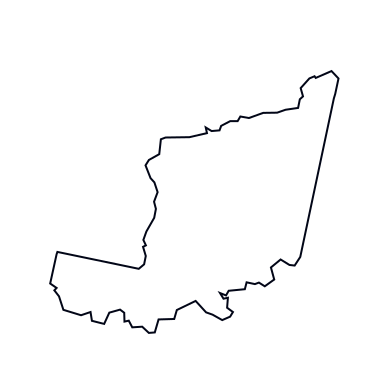 the district of Yolo, California, United States of America, rotated 102°
{"feature_id": "52423323B16290955064252", "entity_name": "Yolo", "entity_type": "district", "adm_level": 2, "iso_a3": "USA", "parent_name": "United States of America", "parent_adm1": "California", "projection": "robinson", "projection_center": [-121.864, 38.619], "detail": "fine", "context": "isolated", "style": "outline", "palette": "ink", "viewbox_px": 384, "rotation_deg": 102, "n_neighbors": 0, "source": "geoboundaries", "source_scale": "gbopen_adm2", "svg_char_len": 1206}
<svg xmlns="http://www.w3.org/2000/svg" viewBox="0 0 384 384"><g transform="rotate(102 192 192)"><path d="M71.0,72.7L66.3,72.3L50.5,72.3L44.7,80.7L54.7,94.7L53.3,96.2L56.5,100.8L67.8,107.3L75.4,103.3L78.9,105.8L87.7,105.7L92.1,117.6L96.7,125.2L99.8,138.8L107.8,151.7L108.1,160.4L113.2,162.1L114.7,169.3L121.2,177.2L126.0,177.9L128.3,185.5L126.0,192.0L131.3,189.6L138.9,205.9L144.2,229.2L146.9,233.4L161.8,231.9L169.6,240.8L175.6,243.0L187.1,235.4L190.4,230.8L199.3,225.6L209.4,227.1L216.0,223.8L225.1,223.6L240.1,228.4L249.0,229.6L253.8,226.0L255.8,228.5L264.2,223.9L272.7,223.8L278.2,228.1L278.6,311.2L281.0,311.5L311.0,311.7L314.0,304.5L316.8,306.2L321.7,300.4L334.0,293.3L335.6,274.9L330.5,266.3L338.8,263.1L339.3,250.5L327.2,247.8L322.0,237.9L324.2,233.2L332.8,231.1L331.0,227.1L336.8,222.3L334.1,212.7L338.8,204.9L337.1,199.2L323.6,198.2L319.9,183.0L310.6,182.3L297.8,165.8L306.8,153.2L307.7,146.4L311.0,135.8L306.0,128.8L300.9,127.0L297.9,133.6L288.0,134.9L289.8,139.0L285.0,143.6L286.1,137.2L281.0,135.6L276.1,120.1L269.0,119.8L269.0,111.3L266.7,107.7L269.1,101.2L260.5,93.4L249.4,99.1L239.6,91.3L243.1,81.5L242.6,76.3L233.0,72.6L71.0,72.7Z" fill="none" stroke="#020617" stroke-width="2"/></g></svg>